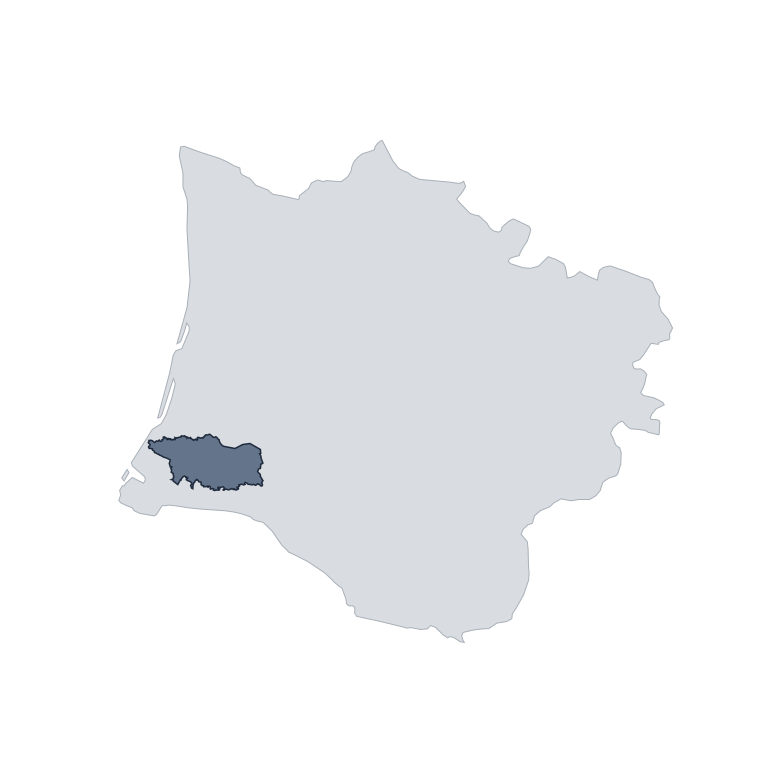 Me, Agnéby, Ivory Coast shown in context, rotated 111°
{"feature_id": "98640826B88194950838049", "entity_name": "Me", "entity_type": "district", "adm_level": 2, "iso_a3": "CIV", "parent_name": "Ivory Coast", "parent_adm1": "Agnéby", "projection": "natural_earth1", "projection_center": [-3.666, 5.937], "detail": "fine", "context": "in_parent", "style": "filled", "palette": "slate", "viewbox_px": 768, "rotation_deg": 111, "n_neighbors": 0, "source": "geoboundaries", "source_scale": "gbopen_adm2", "svg_char_len": 9546}
<svg xmlns="http://www.w3.org/2000/svg" viewBox="0 0 768 768"><g transform="rotate(111 384 384)"><path d="M203.8,157.6L206.0,157.5L211.7,155.5L216.9,151.2L221.7,142.0L228.3,134.7L235.6,135.2L237.8,133.9L240.4,133.6L243.4,138.4L246.5,142.1L248.7,142.2L250.3,149.2L263.7,152.1L269.5,154.0L274.3,159.1L276.0,159.2L278.0,158.1L279.6,156.4L279.9,154.4L277.9,149.8L278.8,145.7L281.0,142.0L284.4,141.8L289.6,140.8L295.6,140.8L300.0,141.4L301.8,137.7L300.2,127.4L300.6,121.7L301.4,116.9L303.0,114.9L309.6,121.0L315.7,123.1L320.1,123.3L321.3,122.2L319.4,115.6L319.9,113.6L321.5,112.4L324.4,111.8L332.2,109.1L333.0,109.6L334.4,120.0L333.7,123.4L335.3,130.5L337.3,137.0L337.2,139.7L335.5,143.8L333.5,147.5L333.8,149.0L336.8,151.5L342.7,154.2L348.9,154.8L352.3,150.9L355.8,147.8L358.3,145.1L359.2,141.0L363.0,138.0L374.1,134.2L384.3,133.6L386.8,134.8L391.4,140.5L397.3,144.5L406.2,144.0L412.6,146.3L418.2,150.7L421.9,160.5L426.0,167.6L427.8,177.6L434.3,182.9L439.3,185.3L446.2,192.6L453.3,196.3L460.7,195.5L464.1,199.3L469.6,202.0L475.1,202.2L479.9,193.7L486.3,190.4L502.5,183.7L508.8,180.7L515.3,178.7L530.8,178.1L545.3,180.2L552.5,181.8L557.4,180.6L562.0,184.6L566.8,193.0L570.8,195.7L574.8,198.6L577.8,205.2L581.3,211.8L583.2,214.7L587.6,221.1L591.3,221.2L595.0,218.4L596.5,216.4L597.3,220.6L595.8,227.6L596.1,231.9L598.2,233.5L597.0,239.0L592.8,248.4L592.8,254.0L597.0,255.7L600.0,261.6L601.8,271.7L603.7,275.1L603.8,277.2L606.9,301.7L610.7,326.2L608.3,329.4L605.0,330.3L602.9,331.5L602.3,333.8L603.7,337.1L602.7,340.2L598.6,342.3L589.6,350.1L589.0,353.2L586.7,359.8L584.7,363.9L581.7,371.4L577.1,391.3L575.4,407.7L575.1,412.8L573.3,416.4L571.2,421.5L561.5,435.6L556.5,447.1L557.2,452.1L557.4,457.2L555.9,460.8L556.2,470.5L557.4,478.7L559.2,486.7L566.2,509.4L569.9,523.1L572.2,534.2L574.2,541.6L576.1,544.7L576.9,547.5L587.4,549.6L589.5,551.2L592.3,565.7L591.8,572.2L589.8,574.7L589.8,580.2L589.3,587.1L587.8,589.8L581.9,590.1L578.0,592.7L572.7,591.7L572.2,590.0L569.3,589.4L561.5,585.5L562.8,573.0L559.2,572.4L556.4,574.1L550.9,589.1L548.2,591.7L509.3,584.0L500.9,577.7L490.7,576.3L473.1,577.0L458.5,578.9L454.4,582.6L491.1,580.4L495.1,580.9L496.9,583.1L450.4,588.1L432.7,591.1L427.5,590.2L423.5,585.4L404.2,584.9L400.3,586.4L397.9,590.0L405.5,589.2L417.4,589.0L420.6,591.7L383.2,595.3L357.2,602.0L346.2,607.1L309.9,623.5L287.8,631.3L282.0,634.2L272.0,642.3L259.1,647.3L244.6,656.8L235.7,658.9L233.7,655.9L233.5,639.9L232.3,618.4L232.8,610.2L234.0,602.4L234.0,596.0L238.4,593.6L239.6,590.9L240.3,582.6L244.4,575.0L244.5,561.8L245.7,559.0L246.7,555.5L244.9,546.8L242.6,530.4L241.5,529.4L240.5,530.1L238.2,530.4L229.1,524.7L222.1,523.7L217.2,518.9L216.9,513.4L214.5,510.2L212.8,503.8L210.4,496.5L203.5,492.1L197.0,491.0L192.4,491.9L187.0,491.7L180.8,489.2L176.5,486.4L172.4,481.1L168.7,476.8L165.7,477.4L162.0,476.4L158.4,474.4L157.3,472.9L172.4,455.9L177.5,447.6L178.1,442.5L178.1,437.4L179.8,432.1L180.2,424.1L172.0,395.0L169.9,385.9L167.7,383.3L166.2,382.3L170.4,378.6L176.3,379.5L185.2,382.4L187.1,379.6L193.9,364.8L193.7,359.4L193.0,355.6L197.0,345.5L200.1,341.6L201.8,337.4L201.3,331.7L198.9,329.6L195.8,330.0L192.1,328.5L186.4,325.2L183.5,322.3L184.5,309.0L185.0,304.9L187.0,302.5L190.2,301.9L199.0,301.5L206.1,303.0L212.4,303.9L215.7,303.8L218.4,307.8L222.0,311.8L225.2,311.8L226.3,308.8L225.6,295.7L223.5,288.7L218.7,282.0L206.3,276.3L206.1,268.3L207.3,259.6L210.0,256.4L219.3,250.9L217.6,248.0L214.7,244.8L208.9,241.6L210.3,231.3L210.6,222.0L205.6,223.0L200.6,223.6L196.3,220.7L192.7,215.1L192.1,199.7L192.2,181.8L191.5,173.9L192.9,169.7L197.3,165.8L202.1,160.8L203.8,157.6ZM567.7,591.9L565.6,595.3L555.8,593.2L558.1,590.3L567.7,591.9Z" fill="#d9dde1" stroke="#a8b0b8" stroke-width="1"/><path d="M503.8,551.6L505.1,553.7L505.1,553.9L504.9,554.1L505.0,554.6L505.7,554.8L505.9,554.5L506.0,554.6L506.1,554.8L506.3,555.0L506.6,555.4L506.8,555.4L507.0,555.8L507.3,556.3L508.1,557.4L508.3,558.1L508.8,558.2L508.9,558.6L508.8,559.2L509.0,559.3L509.0,559.8L509.5,559.3L509.8,559.6L510.4,559.1L510.6,559.1L510.6,559.4L510.8,559.4L511.0,559.6L511.0,560.1L511.3,560.4L511.1,560.8L511.4,561.0L511.8,561.2L512.2,562.0L511.8,562.3L512.0,562.6L512.4,563.0L512.2,563.4L512.2,563.6L511.7,563.8L511.8,564.2L512.0,564.3L512.0,565.2L512.5,565.1L512.5,565.9L512.8,565.6L513.2,565.7L513.3,565.9L513.1,566.2L513.4,566.4L513.3,566.6L513.0,566.6L513.3,567.1L513.1,567.3L512.9,567.2L512.9,567.9L512.3,568.6L512.4,568.8L512.4,569.3L512.2,569.3L512.1,569.6L512.1,569.8L512.3,569.8L512.4,570.1L512.4,570.8L512.7,571.1L513.3,571.4L512.9,571.0L512.9,570.5L513.3,570.1L514.0,570.1L515.5,571.3L516.1,570.7L517.3,571.3L517.6,571.8L517.5,572.2L517.5,572.5L516.9,573.3L516.9,573.8L517.4,574.1L518.0,574.1L518.5,574.4L518.6,575.0L518.6,575.9L518.8,576.2L519.7,576.7L520.2,576.7L520.8,577.1L520.6,578.4L520.0,579.6L520.0,581.4L520.3,581.7L520.9,583.1L521.3,582.6L521.5,582.6L522.7,583.1L523.0,583.1L523.3,582.9L523.7,582.4L523.9,581.5L524.2,580.9L524.6,580.5L525.2,580.5L525.6,580.6L526.5,581.3L526.9,581.4L527.3,581.1L528.3,580.1L528.2,579.6L527.8,579.1L527.6,577.3L527.6,577.2L527.8,577.3L528.0,576.7L528.4,576.7L528.8,576.0L528.9,574.7L529.4,574.2L530.1,573.9L530.3,573.4L530.0,573.1L530.0,572.8L530.5,571.0L530.5,570.2L530.3,569.7L530.5,569.4L530.5,568.6L530.7,568.4L530.8,568.1L530.8,566.7L530.7,566.4L530.9,566.1L530.9,565.3L531.3,564.0L531.1,562.1L531.1,560.2L531.3,557.3L531.5,556.3L535.1,556.0L538.0,553.8L537.5,553.0L537.4,552.4L539.5,552.6L540.0,551.9L540.5,551.4L541.4,551.1L542.5,551.2L543.1,549.4L543.0,549.0L543.1,548.6L544.6,548.1L546.0,546.9L546.3,547.1L546.9,547.1L547.7,546.8L548.8,547.5L549.4,548.1L549.3,547.5L548.9,546.7L549.6,546.0L549.8,545.9L549.9,546.1L550.1,546.1L551.8,540.5L546.5,539.7L546.4,539.1L545.9,539.3L545.6,539.1L544.7,539.1L542.9,538.4L542.5,538.4L542.0,537.7L541.5,537.4L541.6,536.1L541.8,536.1L542.3,535.6L542.3,535.0L542.0,534.8L541.8,534.8L541.7,534.4L542.0,533.6L542.3,533.7L542.7,534.1L543.1,534.0L543.8,534.4L544.2,534.3L544.2,534.0L544.6,532.8L544.5,532.2L544.6,529.8L544.8,529.5L544.8,529.0L545.2,528.5L545.4,527.9L546.1,527.6L546.6,527.9L547.1,527.9L547.7,528.2L548.2,528.1L548.5,527.6L550.1,526.4L550.2,526.1L550.0,525.6L550.2,525.0L546.9,526.0L546.2,525.9L544.7,526.2L543.3,525.5L542.8,525.8L542.4,525.7L541.5,525.1L541.2,524.8L541.0,524.7L540.5,525.0L540.2,524.5L540.1,524.1L540.4,523.8L540.7,523.2L540.8,522.6L541.6,522.1L541.6,521.2L541.4,520.4L541.1,520.0L541.1,519.8L542.0,519.0L542.6,519.1L543.5,518.7L543.7,518.4L543.9,517.2L543.7,516.3L543.7,516.1L544.4,515.8L544.6,515.6L544.5,515.2L543.9,514.6L543.9,513.9L543.6,513.3L542.7,512.5L542.8,512.2L543.4,511.7L543.4,511.2L543.0,511.0L542.3,511.3L542.0,510.7L542.1,510.1L542.4,509.2L542.8,509.0L544.0,508.8L544.3,508.5L544.3,508.2L544.2,508.0L543.2,506.9L543.0,505.8L543.3,505.0L543.5,504.9L544.1,505.2L544.1,504.5L544.2,504.1L544.0,503.7L543.2,502.9L542.6,500.9L541.9,499.7L541.3,499.7L540.4,499.9L540.3,500.0L540.4,500.5L541.0,501.1L541.0,501.5L540.5,501.9L539.8,501.8L539.6,501.6L539.5,501.2L539.6,500.6L539.5,499.8L537.8,497.9L537.7,497.3L537.8,496.7L538.3,495.7L539.0,495.6L540.0,496.3L540.6,496.2L540.7,495.8L540.4,495.2L539.5,494.8L538.8,494.1L538.7,492.7L538.6,492.4L538.6,491.8L538.5,491.1L538.1,490.5L536.7,489.3L536.8,489.0L536.2,488.5L536.5,486.7L536.4,486.4L536.0,486.6L535.9,486.6L535.5,486.1L535.9,485.1L535.8,484.4L536.0,484.1L534.5,482.5L534.0,482.3L533.5,482.6L533.4,482.9L533.7,483.2L533.8,483.6L533.7,483.9L533.2,484.1L532.5,483.5L531.9,482.8L531.0,482.3L530.6,482.6L530.4,483.3L530.1,483.4L529.8,483.0L529.6,482.3L529.0,481.7L528.7,481.2L528.6,480.6L528.5,478.9L528.2,478.4L527.4,477.7L527.0,478.5L526.7,478.7L526.0,478.6L525.7,478.4L525.5,476.9L525.8,476.3L526.0,475.6L526.3,475.1L526.3,474.9L525.8,473.3L525.9,473.0L525.5,472.1L525.5,470.9L524.5,470.2L524.4,469.4L524.7,467.9L524.6,467.6L523.6,466.7L522.9,466.7L522.5,466.2L522.6,465.0L522.3,464.7L522.3,464.3L522.5,463.8L523.2,463.0L523.3,462.2L523.0,461.5L522.7,461.3L522.0,461.2L521.5,461.4L520.7,462.1L520.4,462.7L520.0,462.9L519.5,462.9L518.9,462.4L518.0,462.7L517.4,462.5L517.3,463.0L516.7,463.5L516.6,464.0L515.7,464.6L514.7,466.3L514.1,466.4L513.0,467.0L512.4,467.6L512.0,469.1L511.6,469.4L511.3,470.3L510.9,470.7L509.4,470.5L508.5,470.7L507.5,469.8L507.2,469.2L506.0,469.3L505.6,469.7L504.6,469.8L503.9,470.1L503.6,470.0L502.9,470.2L502.5,469.9L502.2,469.3L501.5,468.7L500.8,469.0L499.8,470.0L497.8,471.7L495.2,473.3L494.5,474.1L493.8,475.2L492.9,474.2L489.4,476.0L487.6,487.8L491.1,494.2L497.6,500.0L499.6,511.2L499.6,511.7L499.1,513.5L498.3,515.1L496.7,517.0L495.2,517.9L495.0,519.1L494.7,519.3L494.1,520.5L493.8,521.0L493.5,522.1L493.6,522.3L494.5,522.9L494.6,523.2L494.8,523.8L494.7,524.2L494.9,524.6L494.8,525.0L494.5,525.3L494.0,526.9L493.7,527.4L493.4,528.7L493.8,529.4L494.9,530.6L495.2,531.9L495.9,532.5L496.7,532.9L497.0,532.7L497.3,532.7L497.9,533.1L498.1,533.5L498.4,533.6L499.2,534.0L499.3,533.8L499.5,533.7L499.6,535.1L500.2,535.6L500.3,536.0L500.2,537.6L500.3,538.1L500.7,538.9L500.9,539.0L501.6,538.9L501.8,538.3L502.0,538.2L502.4,538.5L502.8,538.4L503.1,538.8L503.4,538.6L503.4,539.4L503.0,539.5L503.0,540.1L503.8,541.0L504.2,540.9L504.4,541.2L504.4,541.6L504.8,542.0L504.4,542.4L504.3,543.7L504.1,544.2L503.8,544.3L503.8,544.6L504.0,544.7L504.1,545.0L503.5,545.5L504.0,545.7L504.0,546.0L504.2,546.4L504.1,546.5L504.2,546.9L504.4,546.9L504.4,547.3L504.6,548.1L504.5,548.4L504.8,548.5L504.5,548.6L504.3,548.4L504.1,548.4L504.1,548.9L504.0,549.1L504.2,550.0L504.4,550.2L504.4,550.7L504.1,551.0L504.1,551.4L503.8,551.6Z" fill="#64748b" stroke="#1e293b" stroke-width="1.5"/></g></svg>